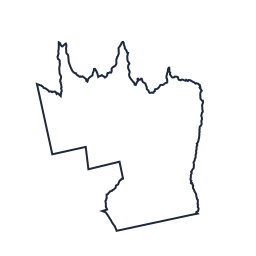 Chupinguaia, Rondônia, Brazil (Equal Earth projection), rotated 168°
{"feature_id": "56859067B46529813603159", "entity_name": "Chupinguaia", "entity_type": "district", "adm_level": 2, "iso_a3": "BRA", "parent_name": "Brazil", "parent_adm1": "Rondônia", "projection": "equal_earth", "projection_center": [-60.941, -12.579], "detail": "fine", "context": "isolated", "style": "outline", "palette": "slate", "viewbox_px": 256, "rotation_deg": 168, "n_neighbors": 0, "source": "geoboundaries", "source_scale": "gbopen_adm2", "svg_char_len": 5846}
<svg xmlns="http://www.w3.org/2000/svg" viewBox="0 0 256 256"><g transform="rotate(168 128 128)"><path d="M177.9,226.2L178.3,224.7L178.4,223.5L179.3,220.1L180.3,217.2L180.4,216.1L180.5,214.9L181.3,213.9L181.4,213.2L182.1,212.6L182.2,211.9L182.1,210.8L182.1,210.1L181.5,209.5L180.9,208.5L180.8,207.7L181.3,206.5L181.2,205.6L181.7,203.4L182.4,202.1L182.9,200.4L183.5,196.0L183.4,194.5L182.9,193.3L182.8,192.3L183.1,191.0L183.5,190.2L183.8,189.4L184.2,189.3L184.4,188.3L184.7,187.5L184.3,186.6L184.6,185.7L184.4,184.6L184.5,182.7L184.4,181.8L185.2,180.8L185.0,178.5L185.2,177.7L185.8,177.2L186.3,175.8L186.4,175.1L186.9,174.3L187.2,173.3L187.6,174.0L188.3,174.8L188.6,175.9L189.1,176.2L189.5,176.6L190.7,176.1L191.0,177.5L191.4,178.5L191.9,178.9L192.5,178.8L193.3,178.9L193.9,179.2L194.4,178.8L194.9,178.8L195.9,179.9L196.5,180.1L197.2,179.9L197.8,180.2L198.1,181.2L198.8,182.1L199.4,182.7L200.4,183.8L201.0,184.2L201.7,184.5L202.3,184.9L202.4,185.8L203.6,187.0L203.9,187.5L205.0,188.0L206.4,189.1L207.2,189.2L207.9,189.8L207.5,118.0L173.3,118.3L175.3,95.9L143.3,96.8L143.4,79.5L144.2,79.4L144.9,79.6L145.5,78.9L146.8,78.4L147.6,77.7L148.1,76.8L148.9,75.8L149.2,75.1L149.9,74.6L150.8,74.5L151.9,74.0L152.2,72.9L152.8,71.9L153.9,71.4L154.6,70.8L155.5,70.6L156.2,70.5L156.8,69.8L157.8,69.8L159.0,69.6L159.6,68.9L160.8,68.3L161.5,67.4L162.7,67.4L163.2,65.5L163.4,63.9L164.0,63.1L164.4,62.1L165.2,61.4L165.4,60.5L165.3,59.3L165.4,58.5L166.0,55.9L165.9,54.7L165.6,53.8L165.4,52.6L170.4,52.1L169.6,51.6L167.4,50.2L166.7,48.6L166.4,47.9L165.8,46.5L164.4,42.5L163.7,40.9L163.6,40.1L162.8,37.8L161.8,35.7L161.2,34.0L160.5,29.8L86.6,29.9L77.6,29.8L78.2,30.7L78.7,31.3L78.4,31.8L77.8,31.8L76.6,32.3L76.4,33.0L75.9,33.8L75.7,34.8L76.2,35.9L75.9,37.3L75.4,38.3L75.8,39.4L75.3,40.0L75.1,41.2L74.8,42.3L74.7,43.3L75.2,43.8L75.3,44.8L75.2,45.6L75.4,46.5L75.2,49.2L75.4,50.0L75.7,51.1L76.0,51.6L76.2,52.6L76.2,53.9L76.9,55.5L76.7,56.4L76.7,57.2L76.3,57.7L76.2,58.5L76.7,59.2L76.6,59.9L77.7,60.8L77.1,61.3L77.7,62.0L77.4,62.7L77.0,63.2L77.5,64.1L77.6,65.0L76.9,66.2L76.4,68.7L75.0,70.7L75.5,71.9L74.7,72.5L74.1,73.4L73.1,74.4L72.4,74.8L71.9,75.6L71.6,77.2L71.2,77.9L71.1,78.9L71.1,80.6L70.3,81.7L69.8,82.0L69.2,83.2L69.0,84.0L68.5,84.4L68.0,85.2L67.4,87.8L66.9,88.5L66.5,89.3L66.2,91.2L66.0,91.9L65.4,92.7L64.9,95.2L64.4,96.1L63.9,96.6L63.7,97.5L64.0,98.4L62.7,99.3L62.3,100.3L61.8,100.8L61.5,101.6L60.5,103.7L59.6,106.5L59.3,108.3L58.7,109.4L58.7,111.1L58.1,112.1L57.9,113.3L57.6,114.2L57.0,114.8L56.1,115.2L55.4,116.1L55.1,116.9L54.8,119.6L53.9,121.0L53.7,122.0L53.6,122.8L53.8,124.8L52.4,127.7L51.5,128.3L51.4,129.1L51.4,130.5L51.2,131.9L50.8,134.8L50.2,135.9L49.4,137.1L49.2,138.1L49.1,139.1L49.9,139.3L50.3,140.1L51.0,141.5L50.9,142.6L50.6,143.7L50.5,144.9L50.2,146.5L49.5,147.9L48.9,148.8L48.1,149.1L48.7,150.9L49.3,151.7L49.5,152.7L48.7,153.0L48.9,154.0L48.9,155.2L49.7,155.6L49.9,156.4L50.6,156.9L51.3,157.2L51.7,157.6L52.8,157.4L53.2,158.1L53.8,158.9L54.7,159.4L55.3,160.1L56.1,160.7L56.9,161.6L57.7,162.0L58.9,162.3L59.2,161.7L59.9,161.6L60.3,162.1L61.2,163.0L61.8,162.3L63.0,162.9L64.4,163.9L65.3,164.2L66.5,163.7L67.1,164.2L68.0,164.4L68.5,165.1L68.6,166.0L68.6,166.7L68.8,167.6L69.3,167.9L70.4,168.2L71.6,168.6L72.2,168.0L73.7,168.1L74.5,168.5L74.9,169.7L75.4,170.6L75.8,171.8L75.4,172.6L75.2,173.5L75.8,174.3L75.7,175.6L75.3,176.8L75.1,178.4L75.6,178.5L76.3,177.7L77.2,175.6L77.7,174.2L78.3,173.5L78.7,172.5L79.4,171.3L80.0,169.0L79.6,168.1L79.8,166.1L80.2,164.4L80.9,164.2L81.9,164.2L83.6,163.5L84.1,163.1L84.9,162.9L85.7,163.0L86.5,163.3L87.4,163.3L89.2,161.4L89.9,160.9L90.9,160.4L91.9,160.1L93.3,160.3L93.8,159.5L94.1,158.6L94.8,158.4L95.6,157.3L96.3,157.2L96.9,157.7L99.1,157.8L99.6,157.9L100.0,158.9L100.3,160.5L100.7,161.2L101.2,161.6L101.5,162.3L101.2,163.9L101.4,165.3L101.7,166.6L101.6,167.3L102.1,168.2L102.5,168.7L103.1,169.1L103.9,170.0L104.2,171.0L104.3,173.3L104.9,173.5L105.4,172.9L106.3,172.7L107.1,172.9L108.0,174.2L108.5,174.0L108.6,173.2L108.4,172.0L110.0,170.8L110.5,169.8L111.1,169.2L111.5,168.5L112.5,169.0L112.5,170.6L112.7,171.3L113.6,172.4L114.0,173.5L114.9,175.2L115.6,177.0L115.8,177.7L115.9,178.5L115.9,179.6L115.7,180.5L115.1,181.5L114.7,182.5L114.8,183.4L115.3,185.7L115.4,187.0L115.2,187.8L114.9,188.9L114.3,189.7L113.3,190.5L113.7,192.2L114.1,192.7L114.4,193.7L114.4,194.8L114.2,195.5L114.0,197.5L113.6,198.7L112.7,200.7L112.3,201.4L113.1,201.8L113.3,203.0L113.4,204.1L114.5,206.5L114.3,207.5L114.5,208.2L114.5,209.1L114.7,211.0L114.5,212.0L114.8,213.2L115.5,213.3L116.6,212.5L117.2,211.5L118.6,210.0L120.6,208.2L120.8,207.4L120.8,206.6L121.1,205.4L121.4,203.5L121.7,202.3L122.4,201.5L122.7,200.8L123.4,200.0L123.9,199.7L124.3,198.6L124.9,198.0L125.3,196.8L125.6,195.6L125.7,194.8L126.0,193.2L126.6,192.5L127.5,191.5L129.1,191.1L129.5,190.7L130.3,190.6L131.2,189.9L131.8,189.3L132.0,187.6L132.4,186.5L133.0,185.7L133.7,185.8L134.3,186.2L135.7,185.8L136.5,186.0L137.1,185.3L137.2,184.2L138.2,183.1L139.5,182.3L140.2,182.2L140.9,183.5L141.4,183.8L142.0,184.3L142.6,185.2L144.2,184.6L145.8,184.6L146.5,184.2L146.6,187.0L146.8,188.8L147.6,191.7L148.1,192.8L149.1,192.8L149.4,191.3L149.9,190.5L151.0,189.1L151.9,186.8L153.6,186.2L155.5,185.2L156.2,184.6L156.8,184.1L157.2,183.5L157.5,182.6L158.1,181.8L158.5,182.3L159.0,182.9L158.9,184.7L159.4,185.2L160.3,186.4L161.2,187.3L161.7,188.0L162.9,187.8L163.6,188.3L164.3,188.0L164.8,188.4L165.4,189.0L165.6,189.6L166.3,189.9L166.9,190.6L167.4,191.4L167.4,192.3L167.9,192.5L168.6,192.7L169.7,193.9L170.1,194.5L170.5,195.5L170.8,196.2L171.4,199.0L171.8,201.3L172.2,204.3L172.2,205.2L171.8,208.4L171.5,210.1L171.5,210.9L171.5,211.8L171.8,212.6L172.3,213.2L172.6,213.9L172.7,214.6L172.3,216.8L172.0,218.9L171.5,220.1L171.1,221.6L171.0,222.5L171.2,223.5L172.5,223.0L175.1,221.4L175.7,221.6L176.4,222.9L177.1,225.6L177.9,226.2Z" fill="none" stroke="#1e293b" stroke-width="2"/></g></svg>